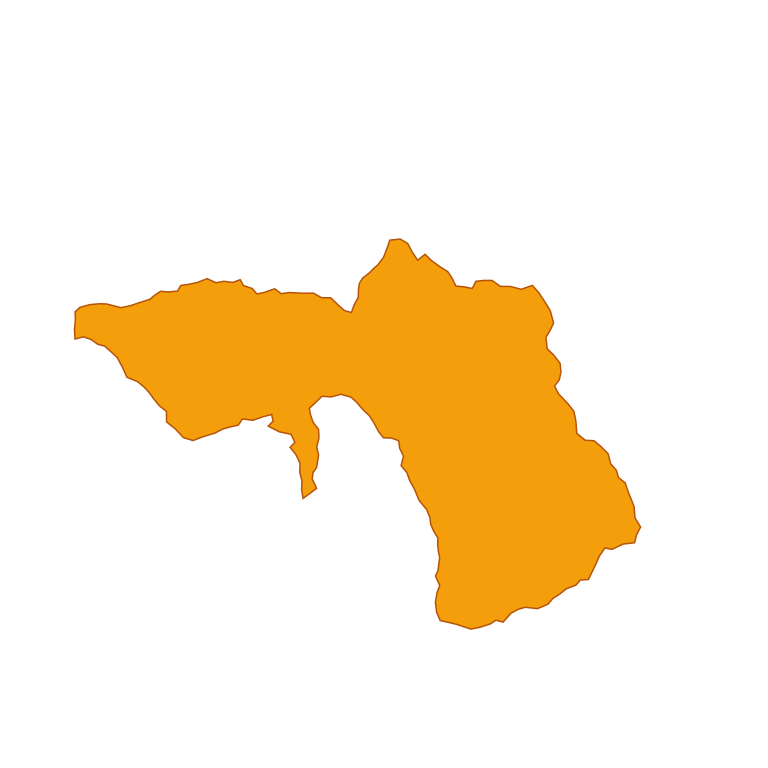 outline of Agrolândia, Santa Catarina, Brazil, rotated 124°
{"feature_id": "56859067B12075513743626", "entity_name": "Agrolândia", "entity_type": "district", "adm_level": 2, "iso_a3": "BRA", "parent_name": "Brazil", "parent_adm1": "Santa Catarina", "projection": "natural_earth1", "projection_center": [-49.817, -27.467], "detail": "fine", "context": "isolated", "style": "filled", "palette": "amber", "viewbox_px": 768, "rotation_deg": 124, "n_neighbors": 0, "source": "geoboundaries", "source_scale": "gbopen_adm2", "svg_char_len": 2711}
<svg xmlns="http://www.w3.org/2000/svg" viewBox="0 0 768 768"><g transform="rotate(124 384 384)"><path d="M514.8,152.1L503.1,150.6L495.8,146.8L490.1,142.0L484.4,131.1L474.8,124.9L467.4,124.1L459.9,120.9L451.5,118.2L443.3,112.4L436.7,111.6L431.8,105.2L414.4,107.7L406.3,109.2L396.5,109.2L393.6,102.5L383.0,96.3L375.5,87.5L368.1,90.2L359.1,91.3L354.6,101.1L345.8,108.1L340.8,115.4L337.1,120.9L331.1,128.8L330.4,137.3L325.5,143.3L323.5,151.3L316.5,159.2L314.5,169.4L313.6,178.2L318.1,185.7L317.1,196.6L307.2,204.4L300.4,211.4L297.5,220.5L294.6,233.7L290.3,241.5L282.6,241.0L275.2,243.9L268.3,249.7L265.1,259.6L263.5,268.4L254.8,275.8L246.4,276.3L238.6,277.5L230.3,287.1L226.0,296.5L221.9,306.2L219.3,316.1L228.7,323.1L232.4,333.6L238.0,342.1L237.7,352.3L242.2,359.0L247.4,365.2L255.5,364.3L258.6,371.8L262.6,379.2L257.7,387.7L255.2,394.1L255.5,403.4L255.1,413.9L253.5,422.5L262.6,425.3L258.6,435.0L254.2,442.9L254.8,451.7L261.5,459.6L269.7,457.4L279.4,455.2L288.3,455.7L294.2,457.2L300.4,458.4L308.1,460.9L314.2,460.7L320.0,458.0L326.4,453.9L335.6,452.9L343.0,451.0L345.2,457.7L344.2,465.9L342.3,476.4L347.4,484.1L348.1,493.2L354.2,502.2L361.0,513.5L366.6,519.7L366.2,527.9L375.6,534.9L380.4,539.9L378.5,546.6L381.0,555.6L377.9,561.5L384.3,566.1L388.5,574.4L394.0,579.9L395.6,589.5L404.7,595.9L410.5,601.6L416.0,607.6L422.4,607.1L428.2,614.1L432.1,621.1L438.8,623.8L444.7,625.5L452.5,631.6L460.8,638.0L467.8,644.7L470.2,651.5L472.7,658.6L476.3,664.4L482.7,672.3L490.5,678.9L496.9,680.5L502.8,676.1L511.9,671.1L519.5,665.3L513.1,659.7L510.9,652.0L511.1,643.4L508.8,636.8L509.9,628.8L511.2,620.0L516.4,610.1L522.2,600.9L519.9,589.9L520.6,581.7L522.4,574.0L525.5,565.4L527.7,558.0L528.4,549.0L537.0,543.1L537.9,532.2L540.6,520.4L537.7,510.7L530.5,505.7L524.8,501.3L519.3,496.7L511.9,492.8L505.3,487.3L499.6,481.8L492.1,481.8L487.4,472.4L478.7,465.9L472.1,460.1L476.7,455.2L483.7,456.4L482.2,444.0L477.7,433.0L482.1,425.3L489.0,426.5L491.8,417.5L496.7,409.3L504.1,404.6L510.5,397.6L517.7,393.2L524.1,387.1L508.2,381.5L502.8,390.5L497.0,393.3L490.9,393.2L479.6,398.4L473.8,404.6L465.3,407.6L458.3,412.8L455.3,421.5L450.7,427.6L446.0,432.3L438.9,430.7L428.8,428.5L424.3,420.6L416.6,413.9L413.4,404.1L414.4,396.7L416.9,387.7L418.5,378.4L422.1,370.2L426.6,361.6L428.9,354.3L424.7,347.7L422.8,340.1L428.5,335.1L433.0,327.4L442.1,324.2L444.7,315.4L449.5,309.0L454.4,299.5L460.8,290.0L464.3,278.3L469.2,271.1L474.4,266.6L478.3,260.3L481.5,253.2L487.2,249.7L492.2,245.4L496.9,240.7L502.5,238.0L508.4,234.9L514.4,234.0L520.0,225.0L527.0,223.5L536.3,219.3L543.9,212.6L548.7,205.1L546.0,198.3L542.6,189.2L538.6,174.9L532.2,168.5L523.1,161.5L517.3,159.2L514.8,152.1Z" fill="#f59e0b" stroke="#b45309" stroke-width="1.5"/></g></svg>